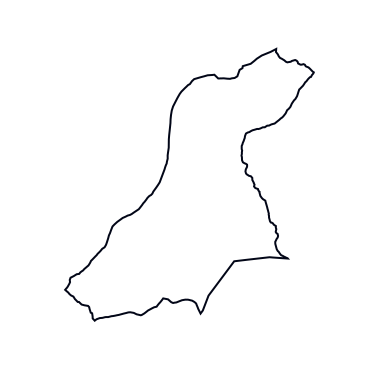 Karim Lamido, Taraba, Nigeria (Robinson projection), rotated 167°
{"feature_id": "59680162B13157392837231", "entity_name": "Karim Lamido", "entity_type": "district", "adm_level": 2, "iso_a3": "NGA", "parent_name": "Nigeria", "parent_adm1": "Taraba", "projection": "robinson", "projection_center": [10.84, 9.149], "detail": "fine", "context": "isolated", "style": "outline", "palette": "ink", "viewbox_px": 384, "rotation_deg": 167, "n_neighbors": 0, "source": "geoboundaries", "source_scale": "gbopen_adm2", "svg_char_len": 4506}
<svg xmlns="http://www.w3.org/2000/svg" viewBox="0 0 384 384"><g transform="rotate(167 192 192)"><path d="M231.8,198.8L232.5,198.3L234.5,197.7L236.7,196.3L238.2,194.9L240.5,193.0L242.0,192.0L243.5,190.6L245.8,188.7L247.7,187.2L253.0,185.2L254.5,184.6L255.7,184.1L257.6,183.6L260.0,183.5L262.3,182.9L265.4,182.3L267.7,181.3L270.3,180.2L271.5,179.7L274.9,177.8L277.2,176.3L279.4,173.1L281.2,170.3L282.7,168.4L284.1,165.7L286.3,162.0L287.5,160.1L287.8,159.7L289.6,157.8L292.3,156.8L294.2,155.3L295.7,154.3L298.0,152.9L299.1,151.9L300.6,151.0L304.4,148.5L305.9,147.6L306.8,146.4L307.4,145.7L308.5,144.6L309.3,143.8L312.5,142.1L314.4,141.1L315.7,140.1L317.3,139.5L318.9,138.8L320.3,137.6L322.9,137.8L326.0,136.7L329.6,135.8L330.9,133.8L331.1,131.6L332.3,130.0L334.3,127.8L335.4,126.8L336.3,126.2L337.6,125.2L336.5,123.6L335.6,122.4L335.2,121.9L334.4,120.2L333.1,118.4L331.1,116.8L330.4,114.8L330.2,114.1L329.4,112.8L328.1,110.6L326.9,110.3L324.9,107.2L322.3,105.8L318.9,104.4L318.1,103.0L318.1,100.8L317.8,97.2L316.6,96.3L316.8,93.3L317.2,91.1L315.7,88.5L315.2,88.8L313.5,89.5L310.2,89.9L307.5,89.5L304.7,89.6L303.0,89.3L301.7,89.0L298.4,89.1L296.8,88.9L294.8,88.8L292.8,88.8L290.8,88.7L288.7,88.8L288.0,88.8L285.8,88.9L284.6,88.9L283.7,88.9L281.2,89.0L280.4,88.9L279.2,88.7L275.9,87.3L273.5,85.3L269.8,83.5L269.6,83.4L268.6,83.5L265.8,84.4L263.2,85.6L261.6,86.4L259.4,87.0L256.9,87.7L254.8,88.2L254.7,88.2L252.3,88.2L250.8,89.5L249.0,90.9L248.5,91.2L247.9,91.6L247.1,92.2L246.4,92.8L246.2,92.9L244.0,94.8L239.5,92.8L237.0,89.3L235.4,88.1L234.1,88.1L232.1,87.9L228.9,88.4L226.1,88.8L224.2,88.7L222.6,88.6L219.9,87.9L216.3,86.1L214.5,84.4L213.4,83.0L213.0,82.1L212.9,81.1L212.4,78.2L212.3,77.4L212.2,76.6L211.0,71.6L208.1,74.1L199.2,87.3L167.4,114.2L166.5,115.0L154.6,113.7L131.1,111.0L128.0,110.0L113.6,105.6L113.8,106.0L114.8,106.6L115.3,107.1L117.1,108.5L118.0,109.4L119.3,110.3L120.3,112.3L120.8,113.8L121.3,114.7L121.7,115.2L122.3,117.2L122.5,122.7L122.1,124.7L120.0,127.3L118.8,128.3L118.0,129.8L118.0,131.9L118.9,132.8L119.4,134.3L118.2,136.9L118.3,137.9L118.3,138.8L117.9,139.9L119.7,141.8L120.2,143.2L120.4,143.4L121.2,144.2L122.1,144.6L122.6,146.1L122.6,148.1L122.7,149.6L122.3,151.6L122.4,152.6L122.0,153.6L122.1,155.6L122.1,157.1L122.2,158.6L122.2,160.1L122.3,162.1L122.5,165.6L122.5,167.1L124.4,169.0L125.3,170.4L126.3,172.9L126.3,174.4L126.4,176.4L126.1,176.8L127.0,178.6L127.0,180.0L129.4,181.6L130.3,183.4L129.4,185.2L129.8,186.6L129.7,187.2L129.9,187.8L130.5,190.1L130.1,192.2L131.1,194.1L132.9,195.0L133.8,196.0L134.7,196.9L135.2,197.9L135.3,199.9L134.5,201.9L132.8,204.0L132.4,205.0L132.2,206.3L133.2,207.4L134.4,208.2L135.7,209.5L136.1,211.7L135.5,214.9L135.6,216.2L134.8,218.0L134.5,219.4L133.8,221.2L133.9,222.6L133.2,225.7L132.2,227.0L131.4,228.5L130.3,229.9L129.2,231.7L128.5,232.7L127.8,234.5L126.3,236.8L124.4,237.4L122.4,237.5L121.3,238.0L120.3,238.2L119.9,238.3L119.4,238.5L117.0,238.6L114.3,238.8L113.1,238.4L111.2,238.5L108.5,239.1L106.5,238.7L104.7,239.4L103.8,239.7L101.9,239.4L99.5,240.0L97.2,240.1L96.1,240.1L93.0,241.6L92.2,242.0L91.9,242.1L90.7,242.7L89.8,243.2L89.2,243.6L88.7,243.8L87.6,244.2L86.1,245.1L83.1,247.5L81.6,249.4L80.9,250.3L79.0,251.3L77.1,252.7L76.0,254.1L75.3,255.1L74.5,256.0L73.0,257.4L71.9,258.4L70.4,259.3L68.1,261.7L66.7,264.0L65.6,265.9L64.5,267.7L64.4,267.7L59.9,270.6L58.4,272.0L56.9,273.5L55.8,274.0L53.5,275.9L51.3,277.3L50.1,277.4L49.0,278.8L47.1,280.2L46.4,281.2L47.2,282.0L48.0,283.3L49.3,285.5L50.5,287.2L51.7,288.0L52.9,288.9L53.4,290.6L54.6,291.5L56.5,291.4L57.7,291.7L59.7,293.4L59.8,295.2L60.6,296.5L61.8,297.4L63.8,297.3L65.3,297.2L66.5,296.7L70.0,296.9L71.2,297.8L72.4,299.5L73.7,300.8L74.5,301.6L76.1,302.9L76.9,304.6L77.4,306.8L78.7,309.5L77.8,312.4L84.0,310.8L84.7,310.7L93.3,309.3L98.8,307.3L102.0,305.6L106.0,303.7L114.2,303.2L115.0,301.3L118.1,300.3L121.8,294.5L124.8,293.5L127.6,293.8L129.5,293.7L131.9,294.4L133.4,294.9L135.4,295.6L137.4,296.0L140.9,296.7L143.8,301.2L146.2,301.5L150.5,302.2L154.0,302.0L157.5,301.9L164.5,301.5L167.1,300.0L169.8,297.6L171.7,297.1L174.0,295.7L175.4,294.9L178.1,293.2L179.7,292.2L181.9,290.3L184.5,287.5L185.3,286.6L187.0,284.6L191.2,279.6L193.4,275.9L195.1,271.8L196.5,267.7L197.5,264.0L198.9,259.9L200.0,256.7L201.4,252.7L202.7,248.6L203.7,244.5L204.7,240.4L206.5,235.8L207.5,233.1L208.2,229.9L209.6,227.2L210.3,225.4L211.4,224.0L212.3,222.6L212.9,221.6L213.6,220.3L221.3,208.7L223.2,206.8L225.8,204.4L229.6,201.1L231.0,199.3L231.8,198.8Z" fill="none" stroke="#020617" stroke-width="2"/></g></svg>